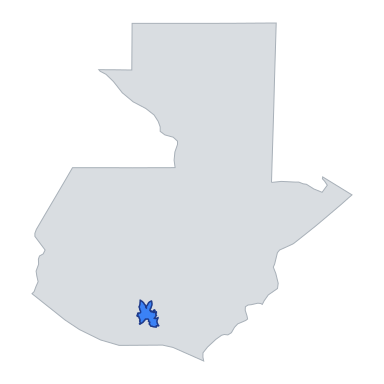 Escuintla, Escuintla, Guatemala shown in context
{"feature_id": "79465075B12428075404525", "entity_name": "Escuintla", "entity_type": "district", "adm_level": 2, "iso_a3": "GTM", "parent_name": "Guatemala", "parent_adm1": "Escuintla", "projection": "orthographic", "projection_center": [-90.807, 14.309], "detail": "fine", "context": "in_parent", "style": "filled", "palette": "blue", "viewbox_px": 384, "rotation_deg": 0, "n_neighbors": 0, "source": "geoboundaries", "source_scale": "gbopen_adm2", "svg_char_len": 5601}
<svg xmlns="http://www.w3.org/2000/svg" viewBox="0 0 384 384"><path d="M32.0,293.7L34.1,291.6L35.9,286.7L38.1,281.7L36.8,275.9L36.1,271.1L38.6,264.3L38.4,259.1L39.5,256.0L43.2,253.9L45.1,250.0L34.9,236.4L34.9,233.3L36.3,229.5L44.7,215.1L54.8,198.0L65.9,179.1L72.5,167.7L96.6,167.7L112.5,167.7L132.8,167.8L154.8,167.7L169.2,167.7L175.1,167.6L174.1,160.2L174.9,152.0L177.5,144.5L177.5,141.2L173.2,137.2L164.9,134.9L160.2,131.4L160.2,126.9L158.2,121.4L154.1,115.0L145.8,108.5L133.1,101.8L122.3,92.8L113.5,81.6L106.0,74.3L100.2,71.3L98.8,69.7L115.8,69.8L131.8,70.0L131.9,53.9L132.0,39.5L132.1,23.4L161.1,23.4L195.6,23.4L231.5,23.3L259.7,23.1L276.2,23.0L275.6,43.1L274.9,66.3L274.4,83.4L273.8,106.2L273.1,129.6L272.1,161.4L271.5,181.9L271.9,182.4L281.3,181.4L295.4,182.1L298.8,182.1L303.1,183.8L306.5,184.3L313.7,188.9L322.1,192.3L327.3,185.2L324.5,181.0L322.4,178.8L322.7,176.9L352.0,194.9L348.6,197.8L341.2,204.4L327.9,215.7L315.9,225.8L304.4,235.0L294.0,243.2L292.8,244.0L279.6,250.0L277.4,252.7L274.6,264.2L273.3,267.1L275.8,273.5L278.2,283.3L277.5,288.5L268.3,294.9L264.2,300.7L262.3,304.4L260.7,303.5L257.8,303.2L251.2,304.7L248.1,305.0L245.4,306.7L245.2,310.2L247.0,316.0L247.6,319.0L245.8,320.4L237.7,323.9L234.5,327.3L231.4,332.7L227.9,334.9L224.2,334.5L221.5,335.3L215.9,339.3L207.5,347.1L203.0,352.8L202.9,357.1L203.7,361.0L172.9,347.4L162.6,345.1L119.2,345.4L100.7,340.0L79.5,329.6L65.3,320.2L32.0,293.7Z" fill="#d9dde1" stroke="#a8b0b8" stroke-width="1"/><path d="M140.6,300.3L140.2,300.3L140.2,300.9L140.2,301.8L140.1,302.0L140.1,302.5L140.0,302.9L140.0,304.3L139.9,304.5L139.7,305.1L139.4,306.3L139.3,306.5L139.1,306.6L139.1,306.8L139.2,307.5L139.4,307.8L139.5,308.1L139.6,308.3L139.7,309.0L139.8,309.1L139.8,309.3L139.8,309.7L139.8,309.8L140.0,310.1L140.1,310.3L140.3,310.4L140.5,310.9L140.6,311.3L140.6,311.6L140.5,311.9L140.5,312.0L140.6,312.3L140.5,312.5L140.3,312.5L140.2,312.6L140.0,312.9L139.9,312.9L139.5,313.1L138.6,313.0L138.5,313.3L138.4,313.3L138.2,313.4L137.9,313.3L137.7,313.3L137.7,314.1L137.8,314.4L138.0,314.7L138.0,314.8L137.9,314.8L137.3,314.9L137.2,315.0L137.1,315.3L137.0,315.5L137.0,315.8L137.2,316.0L137.3,316.2L137.4,316.3L137.5,316.4L138.3,316.4L138.4,316.5L138.7,316.8L139.0,317.0L139.0,317.4L139.0,317.7L139.0,317.8L139.6,318.7L139.7,319.2L140.0,319.8L140.1,320.2L140.1,320.3L139.9,320.4L139.9,320.5L139.7,320.8L139.8,321.0L139.8,321.3L139.8,321.6L139.8,321.8L140.0,321.9L140.1,322.0L140.1,322.3L140.2,322.5L140.2,322.8L140.2,323.0L140.0,323.3L140.0,323.5L139.9,323.5L139.7,323.6L139.5,323.8L139.6,324.0L139.9,324.2L140.1,324.0L140.4,323.9L140.5,323.9L140.7,323.7L140.8,323.6L141.0,323.5L141.1,323.4L141.3,323.3L141.6,323.2L141.8,323.1L141.9,322.9L142.3,322.7L142.5,322.6L142.8,322.4L143.0,322.2L143.2,321.9L143.3,321.9L143.4,321.7L143.5,321.6L143.6,321.4L143.8,321.3L143.9,321.2L144.0,321.1L144.2,320.9L144.2,320.7L144.3,320.6L144.4,320.4L144.5,320.4L144.7,320.2L144.8,320.1L145.0,320.0L145.0,319.9L145.1,319.7L145.2,319.4L145.3,319.2L145.5,319.1L146.3,319.1L147.3,319.0L148.3,319.2L148.4,319.4L148.5,319.6L148.6,320.0L148.7,320.9L148.6,321.1L148.5,321.3L148.8,321.6L149.2,321.9L149.5,322.0L149.8,322.2L149.7,322.7L149.5,323.6L149.4,323.8L149.2,323.9L149.2,324.0L149.4,324.2L150.1,325.0L150.4,325.4L150.7,326.0L150.9,326.2L152.2,326.3L152.7,326.5L153.0,326.7L153.6,326.8L154.2,326.9L154.6,326.9L155.4,327.0L156.2,327.1L156.3,327.0L156.3,326.9L156.3,326.7L156.2,326.6L156.3,326.4L156.5,326.4L156.6,326.2L156.4,325.9L156.4,325.7L156.5,325.7L156.8,325.7L157.0,325.8L158.1,325.8L158.4,325.9L158.6,325.8L158.7,325.7L158.1,324.9L158.0,324.6L157.8,324.3L157.7,324.0L157.6,323.7L157.4,323.4L157.3,323.2L157.2,323.1L157.2,322.8L157.1,322.4L157.0,322.2L156.9,321.6L157.0,321.5L157.0,320.6L157.1,320.4L157.2,319.9L157.4,319.6L157.4,319.4L157.6,319.0L157.8,318.7L157.8,318.4L158.0,318.1L158.0,317.7L157.7,317.8L157.1,318.1L156.8,318.3L156.2,318.4L155.7,318.5L155.3,318.5L155.3,318.4L154.5,318.3L154.3,318.2L154.5,318.0L154.7,317.8L154.9,317.6L155.1,317.2L155.6,316.8L155.8,316.4L155.9,316.1L155.9,315.8L155.9,315.5L156.0,315.4L156.4,315.3L156.3,315.0L156.2,314.9L155.9,314.8L155.8,314.4L155.7,313.4L155.7,313.2L155.8,313.2L156.2,313.1L156.4,313.0L156.3,312.0L156.3,311.9L156.0,311.9L155.5,312.0L154.8,312.3L154.5,312.3L153.9,312.5L153.8,312.4L154.6,311.4L154.8,310.9L154.8,310.6L155.0,310.4L154.9,310.2L154.4,309.9L154.2,309.9L153.7,310.4L153.5,310.5L153.4,310.6L153.3,310.9L153.6,311.3L153.6,311.8L153.6,312.0L153.4,312.3L153.2,312.3L153.0,312.2L153.1,311.7L152.8,311.5L152.6,311.4L152.5,311.5L152.3,311.6L152.2,311.7L151.9,311.7L151.7,311.8L151.6,311.7L151.4,311.7L151.1,311.7L150.9,311.6L151.0,311.3L151.1,311.0L151.1,310.8L151.0,310.7L150.5,310.9L150.3,310.8L150.2,310.7L149.9,310.3L150.1,309.7L150.1,309.2L150.2,308.9L150.6,308.5L150.8,308.0L151.0,307.9L151.1,307.7L151.1,307.2L151.3,306.7L151.4,306.4L151.6,305.9L151.8,305.4L151.9,305.0L152.0,304.6L151.9,303.9L152.0,303.5L151.9,303.1L151.8,302.3L151.7,301.6L151.6,301.2L151.3,301.0L151.2,301.1L150.9,301.2L150.7,301.3L150.4,301.5L149.6,301.9L149.2,302.2L148.6,302.8L148.4,303.1L148.3,303.3L148.1,303.7L148.0,303.8L147.9,304.0L147.7,304.5L147.5,304.9L147.4,304.9L147.2,305.4L147.0,305.6L146.8,305.8L146.5,306.1L146.4,306.5L146.3,307.0L146.5,308.0L146.4,308.1L146.2,307.9L146.0,307.5L145.9,307.5L145.7,307.1L145.7,306.5L145.7,305.9L145.6,305.7L145.4,305.3L145.1,304.9L144.8,304.6L144.7,304.6L144.4,304.3L144.2,303.9L143.9,303.2L143.6,302.9L143.4,302.6L143.2,302.4L142.8,302.1L142.5,301.7L142.4,301.6L142.2,301.4L141.9,301.4L141.4,301.1L140.9,300.6L140.6,300.3Z" fill="#3b82f6" stroke="#1e3a8a" stroke-width="1.5"/></svg>